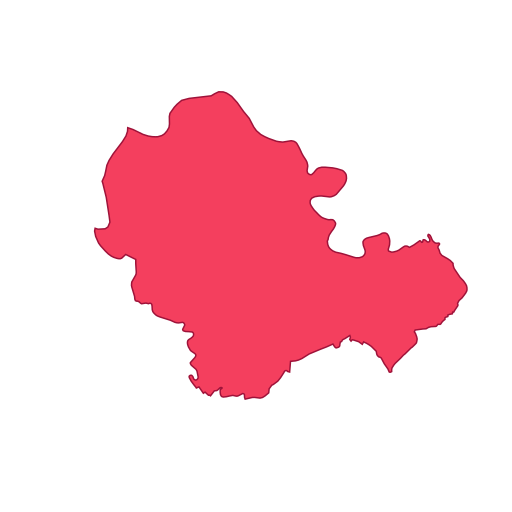 Ha Tinh, Ha Tinh, Vietnam (Natural Earth projection), rotated 314°
{"feature_id": "81297802B52387636717940", "entity_name": "Ha Tinh", "entity_type": "district", "adm_level": 2, "iso_a3": "VNM", "parent_name": "Vietnam", "parent_adm1": "Ha Tinh", "projection": "natural_earth1", "projection_center": [105.907, 18.355], "detail": "fine", "context": "isolated", "style": "filled", "palette": "rose", "viewbox_px": 512, "rotation_deg": 314, "n_neighbors": 0, "source": "geoboundaries", "source_scale": "gbopen_adm2", "svg_char_len": 6138}
<svg xmlns="http://www.w3.org/2000/svg" viewBox="0 0 512 512"><g transform="rotate(314 256 256)"><path d="M387.6,402.8L387.7,399.0L387.2,395.9L385.5,389.3L385.9,386.4L387.5,383.6L388.2,381.5L388.5,381.0L388.8,380.6L389.8,380.1L391.8,379.9L392.3,379.5L392.4,379.3L392.4,378.9L392.1,378.3L391.1,377.5L390.3,376.6L389.9,375.9L389.7,375.0L389.7,372.6L390.2,371.0L391.1,369.1L391.8,367.0L391.7,365.8L391.3,365.0L390.6,365.1L389.8,365.7L388.9,369.0L388.4,369.7L387.5,370.5L387.1,370.7L386.1,370.5L385.4,369.9L385.1,368.9L385.1,367.6L384.9,366.4L384.6,365.8L383.9,365.0L383.6,365.1L381.8,366.1L381.3,366.0L380.9,365.6L381.1,363.9L380.7,363.2L373.7,361.9L368.8,360.4L368.5,359.1L368.1,357.9L367.4,357.0L366.5,356.2L364.9,355.7L359.5,354.7L357.2,353.8L354.1,351.9L353.0,350.9L351.7,347.9L352.0,347.3L352.7,346.5L356.8,344.3L359.7,341.8L361.1,340.0L362.5,337.3L363.0,335.2L362.8,334.1L362.5,333.3L361.9,332.5L361.2,331.8L360.0,330.9L357.5,330.2L354.8,328.9L347.8,324.4L345.7,323.2L344.0,322.7L342.3,322.6L340.7,323.0L339.8,323.8L338.1,326.0L336.0,330.3L335.0,331.6L333.5,332.7L332.1,333.1L330.4,333.2L329.1,332.9L326.5,331.5L324.2,329.2L323.2,327.5L319.2,319.5L316.9,315.2L314.1,310.7L313.0,307.6L312.7,305.2L312.7,303.8L312.9,302.4L313.4,301.1L314.2,299.5L316.3,296.9L317.9,296.4L319.6,295.2L322.0,294.1L326.1,293.3L329.3,292.9L331.9,292.2L333.7,291.4L334.6,290.8L335.1,290.0L335.6,288.0L335.5,286.4L335.2,285.7L333.7,284.1L332.8,283.4L331.8,281.9L330.4,279.0L329.6,276.9L329.3,275.2L329.2,272.6L329.4,266.1L329.8,263.7L330.5,260.6L331.1,259.1L331.8,258.0L333.4,256.6L334.8,256.1L336.6,256.0L339.5,257.1L342.7,259.5L344.6,261.3L349.7,268.0L350.8,268.9L352.3,269.7L353.9,270.4L356.2,270.9L367.0,270.2L368.8,269.9L370.8,269.3L372.6,268.6L374.7,267.2L376.4,265.3L377.2,264.1L377.6,262.8L377.8,260.6L377.7,259.3L377.5,258.5L374.9,253.4L372.7,250.0L368.1,244.3L365.5,241.6L362.8,239.9L361.1,239.4L359.0,239.4L355.9,239.7L353.4,239.5L352.8,239.2L352.1,238.4L351.6,236.8L351.6,235.4L352.8,233.5L356.6,230.8L357.5,229.7L358.9,227.5L359.6,225.5L360.8,220.4L361.7,217.5L363.3,213.5L364.4,210.3L365.3,207.3L365.4,205.7L365.0,204.0L364.7,203.3L363.4,201.3L361.6,199.9L356.5,196.1L354.1,193.0L352.7,190.9L349.4,183.6L347.9,179.4L346.7,175.0L346.4,169.3L347.2,164.8L350.3,155.5L351.3,146.6L353.3,136.0L353.6,131.8L353.9,127.6L353.3,124.1L352.7,121.5L351.3,118.5L348.2,115.1L343.9,113.5L340.1,112.5L322.9,98.4L316.3,94.4L310.3,93.8L306.2,93.9L298.9,95.0L296.2,96.7L290.8,102.1L288.1,104.1L284.2,105.1L280.2,105.3L277.2,104.6L273.6,102.5L272.0,101.0L269.7,98.4L267.4,95.1L265.0,90.3L261.6,79.8L259.2,74.6L256.4,77.0L252.0,79.1L245.5,80.5L230.3,82.3L222.7,83.9L217.7,85.7L212.7,88.9L208.7,91.3L202.9,93.4L201.9,95.3L194.2,107.5L183.2,122.0L179.2,127.0L178.7,127.5L174.0,129.3L170.8,128.6L165.5,123.7L164.2,121.0L161.8,122.6L158.7,127.1L156.0,133.7L155.4,137.0L154.9,144.3L154.9,148.4L155.4,151.9L156.2,154.5L157.5,157.2L158.4,158.7L159.7,160.2L161.1,160.9L166.6,161.2L170.0,171.9L167.0,174.8L161.3,181.0L159.7,182.3L158.4,182.8L151.0,184.7L149.8,185.6L148.3,186.9L147.3,188.4L142.6,196.7L140.8,198.8L140.1,200.3L140.6,201.5L141.3,202.3L141.8,203.6L141.9,206.0L142.2,206.9L145.3,209.2L146.0,210.0L147.0,211.8L148.0,212.2L148.7,213.0L148.9,213.4L148.8,214.6L147.8,216.0L145.2,218.8L144.3,220.5L144.0,222.4L144.0,224.4L144.1,225.6L144.5,227.0L145.4,229.2L150.3,239.0L152.0,243.8L153.0,245.5L154.1,246.8L157.2,249.2L157.7,250.2L157.5,251.5L157.0,252.5L156.6,252.8L152.3,254.2L151.9,254.8L151.7,255.5L152.0,256.3L152.8,257.8L155.0,260.3L157.0,262.9L157.1,263.6L157.1,264.2L156.7,265.1L156.1,265.7L155.4,266.2L154.5,266.5L153.2,266.5L151.6,266.3L149.2,265.7L148.2,265.7L147.6,265.8L146.6,266.4L145.8,267.1L144.8,268.4L143.7,270.5L142.6,274.3L142.6,275.4L143.3,279.6L143.3,280.7L143.1,281.3L142.4,282.0L141.8,282.3L140.3,282.6L134.5,282.8L133.4,283.0L132.9,283.9L132.5,285.4L132.8,291.1L132.8,291.6L132.5,292.7L132.1,293.7L128.9,298.3L128.0,299.1L126.7,299.4L125.7,299.3L124.7,298.7L124.3,297.4L124.3,296.6L125.4,294.3L125.5,292.8L125.3,292.3L124.5,291.6L123.5,291.4L123.0,291.5L122.5,292.0L122.1,292.7L120.9,296.5L120.1,301.5L119.8,304.2L119.6,304.8L122.2,305.9L120.7,313.5L122.7,313.9L122.8,318.5L123.4,319.0L123.7,319.6L123.8,320.4L130.1,319.7L131.6,321.0L132.1,321.3L133.0,321.5L136.0,321.6L136.8,321.9L137.3,322.4L137.6,323.1L137.3,323.4L135.2,323.1L134.2,323.8L133.0,325.0L131.6,326.8L131.1,328.4L131.2,329.3L131.9,330.5L134.3,332.5L136.8,334.1L139.6,336.1L141.4,339.0L142.0,339.7L143.2,340.4L147.9,342.0L148.2,342.6L148.4,343.4L148.2,344.0L146.4,345.9L145.5,347.6L151.7,351.6L153.3,353.2L156.6,357.6L158.8,359.0L161.7,359.7L166.4,360.2L169.6,357.7L174.0,357.1L175.6,357.7L181.1,358.6L185.5,358.2L192.0,356.9L192.5,356.6L193.2,356.6L194.3,357.0L194.8,357.6L194.9,358.1L194.9,359.0L195.9,360.8L204.2,354.0L208.1,357.3L210.6,358.8L214.0,360.2L222.5,362.3L233.4,367.0L239.7,369.9L246.1,372.5L245.4,375.3L245.3,376.0L245.4,377.2L245.8,377.7L247.9,378.8L249.0,378.8L249.6,378.6L250.4,377.9L252.7,376.4L253.9,377.0L255.6,376.5L256.3,376.6L258.2,377.3L264.0,378.7L263.4,380.0L262.8,380.6L261.1,381.4L260.8,383.5L262.6,383.4L263.4,384.7L265.7,389.4L266.3,393.8L269.0,393.1L270.1,396.5L270.7,399.1L271.1,401.7L271.0,408.7L269.3,411.0L268.7,412.5L268.7,414.4L269.4,415.7L269.6,417.0L267.6,423.1L266.4,429.3L265.1,432.4L265.3,432.9L265.9,433.5L267.1,433.9L268.3,432.7L269.4,431.9L270.3,431.5L273.2,430.9L275.4,430.7L283.0,431.0L287.1,430.9L289.1,431.2L297.7,431.4L299.0,431.7L302.6,431.8L304.0,431.8L305.0,431.7L306.5,430.8L308.2,429.6L309.4,427.9L311.1,424.4L311.4,422.6L313.3,421.9L319.4,426.7L321.8,428.9L324.6,429.7L326.7,431.0L330.2,434.2L330.9,434.5L333.2,434.3L334.7,435.9L335.3,436.1L337.8,435.7L339.8,435.7L341.6,436.0L341.9,435.8L342.5,435.1L343.0,434.8L343.8,435.0L345.6,436.0L346.2,435.8L346.7,435.0L348.4,435.7L350.8,437.4L351.4,437.1L352.1,436.4L352.3,436.4L353.0,437.2L354.9,436.7L360.5,435.7L361.3,435.0L361.6,434.3L362.1,433.8L365.1,433.0L369.0,433.3L374.8,432.6L377.2,431.9L378.2,431.3L379.7,429.8L380.9,428.0L381.6,425.8L382.2,422.6L382.4,417.6L384.6,407.4L385.2,406.1L386.4,404.1L387.6,402.8Z" fill="#f43f5e" stroke="#9f1239" stroke-width="1.5"/></g></svg>